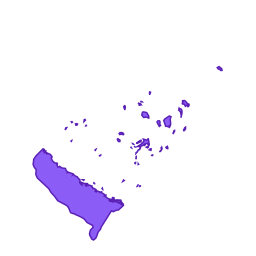 Midi, Hajjah, Yemen (Albers equal-area conic projection), rotated 132°
{"feature_id": "15242507B83103205988735", "entity_name": "Midi", "entity_type": "district", "adm_level": 2, "iso_a3": "YEM", "parent_name": "Yemen", "parent_adm1": "Hajjah", "projection": "albers", "projection_center": [42.574, 16.143], "detail": "fine", "context": "isolated", "style": "filled", "palette": "violet", "viewbox_px": 256, "rotation_deg": 132, "n_neighbors": 0, "source": "geoboundaries", "source_scale": "gbopen_adm2", "svg_char_len": 5955}
<svg xmlns="http://www.w3.org/2000/svg" viewBox="0 0 256 256"><g transform="rotate(132 128 128)"><path d="M230.5,78.4L225.2,80.6L221.5,80.7L219.8,81.6L200.7,84.9L200.1,83.0L196.7,81.5L195.2,80.2L188.7,79.6L188.7,81.1L189.1,81.1L189.4,82.4L189.1,83.5L188.6,83.7L189.4,84.1L188.9,84.7L189.8,85.8L190.1,85.5L190.2,86.1L189.5,87.0L190.4,87.1L192.1,89.3L193.2,89.8L193.6,91.2L194.6,92.5L194.3,93.7L193.2,93.6L192.9,91.9L192.4,92.5L191.6,89.9L191.7,91.0L190.1,90.7L188.8,92.5L190.1,90.8L190.5,90.8L191.4,92.0L190.7,92.3L190.3,92.8L189.5,92.5L190.1,93.0L191.2,92.2L192.1,92.1L193.8,95.7L194.0,98.2L193.6,98.0L193.9,98.4L193.2,99.1L193.8,99.5L193.1,99.7L193.8,99.8L193.2,99.9L193.9,100.3L193.1,100.5L193.5,103.7L194.2,105.3L193.8,105.3L194.5,105.7L194.2,105.9L195.5,108.9L195.8,109.1L196.5,108.7L197.1,109.7L197.0,110.2L195.6,110.6L195.7,111.0L195.4,110.6L195.5,109.9L195.4,109.8L195.2,110.9L195.7,112.9L196.4,113.6L196.0,113.9L195.8,116.1L194.8,115.4L195.9,116.9L196.0,117.4L195.5,116.7L196.8,119.5L196.7,118.9L197.0,119.1L196.7,118.3L198.2,120.3L198.8,120.0L199.3,120.6L198.7,121.6L198.3,121.1L197.6,121.3L197.0,120.1L196.4,120.9L198.7,123.7L199.8,127.0L200.3,126.7L200.1,125.2L201.0,124.1L201.0,123.2L201.3,123.9L200.9,127.4L199.1,128.6L199.1,129.2L198.5,129.7L198.7,130.9L198.2,133.0L199.0,135.4L198.9,138.0L199.6,138.0L198.9,138.4L200.8,142.7L201.6,143.2L200.9,143.3L201.1,145.4L199.9,147.4L201.9,150.4L202.2,153.1L203.3,153.2L203.9,154.1L202.6,156.6L201.9,156.4L201.5,157.1L202.9,158.9L203.0,162.0L201.7,164.9L200.6,165.4L200.6,164.5L199.9,165.9L199.6,168.1L200.6,171.1L201.5,170.9L201.6,171.4L200.8,171.9L201.0,172.8L200.6,173.2L202.1,173.2L202.3,173.5L201.1,173.8L201.9,174.1L201.5,175.0L200.4,174.3L200.3,175.4L201.0,175.7L200.0,176.0L200.3,177.2L209.9,177.7L214.2,177.2L218.6,174.1L219.9,171.4L220.4,168.4L224.2,165.4L225.8,162.1L226.1,146.3L227.4,142.1L227.9,136.7L229.1,131.6L226.6,121.7L227.0,118.8L229.3,114.1L228.3,111.3L227.5,110.4L227.6,109.5L225.8,104.2L224.9,100.0L225.6,95.1L224.1,88.9L225.3,87.5L229.1,87.6L232.3,85.9L233.2,84.8L234.8,80.5L234.3,78.7L232.3,78.3L230.5,78.4ZM100.5,99.8L99.7,97.6L97.9,98.3L98.2,98.6L98.8,98.3L98.7,98.8L97.8,98.5L97.6,98.3L96.1,99.3L93.3,102.5L90.8,103.6L91.5,105.4L96.8,106.7L98.5,106.5L101.5,101.2L100.5,99.8ZM127.6,104.3L126.5,103.3L127.4,100.8L126.5,100.9L125.8,101.4L122.5,105.6L122.9,105.9L123.7,105.6L124.4,105.9L126.0,109.2L126.8,107.6L127.7,107.3L131.6,107.5L135.4,108.6L134.0,106.9L134.6,105.7L136.1,105.1L137.2,105.6L137.8,105.7L139.3,105.2L140.9,105.5L141.5,105.1L139.3,105.1L137.8,105.6L136.4,105.0L135.6,105.0L132.8,106.3L131.1,105.2L129.0,105.1L128.9,104.4L128.5,104.3L130.5,103.9L127.6,104.3ZM106.6,127.8L109.2,126.4L109.7,123.4L107.2,121.3L107.1,119.6L106.7,119.2L105.3,120.5L104.1,124.0L104.3,125.0L105.7,127.3L106.6,127.8ZM71.6,97.5L70.6,97.6L69.5,98.5L70.2,100.5L69.7,101.8L69.7,104.3L71.2,105.7L71.7,105.4L71.8,104.5L73.4,104.2L73.7,103.6L72.6,101.9L73.5,99.9L70.6,99.1L70.4,98.5L71.2,98.0L71.5,98.9L72.1,97.9L71.6,97.5ZM104.3,105.5L103.8,107.0L102.0,108.3L101.6,109.4L102.8,110.6L103.8,110.6L104.4,110.1L105.9,105.8L104.3,105.5ZM84.9,95.5L80.8,97.9L79.0,99.5L78.4,101.1L78.6,101.8L79.4,102.4L79.1,103.3L79.6,103.1L79.7,102.3L80.8,102.3L80.9,99.9L82.8,97.1L84.9,95.5ZM23.4,102.1L23.8,100.2L22.9,99.3L23.3,97.7L22.3,96.7L21.2,98.1L21.5,101.5L23.4,102.1ZM138.2,130.8L138.4,129.7L137.2,129.0L136.1,127.0L135.4,127.1L135.1,128.7L135.6,129.6L136.8,130.9L138.2,130.8ZM144.3,126.9L144.3,125.8L143.6,125.0L142.9,125.3L142.3,126.2L142.8,128.4L143.5,128.4L144.3,126.9ZM187.9,80.3L188.0,80.0L187.7,80.5L187.8,81.4L187.1,83.8L186.4,85.1L188.8,88.1L190.5,89.6L190.9,89.3L190.4,89.2L190.0,88.4L189.1,88.1L187.7,85.8L187.2,84.0L188.0,82.1L187.9,80.5L188.2,80.2L187.9,80.3ZM130.2,109.7L129.7,109.2L128.4,109.9L128.9,110.5L133.1,111.6L133.5,111.3L133.2,110.8L130.2,109.7ZM115.1,145.4L116.7,142.4L114.0,144.2L113.6,144.7L113.8,145.5L115.1,145.4ZM92.6,84.6L91.7,84.4L90.1,84.7L88.9,85.8L90.0,86.0L92.5,85.2L92.6,84.6ZM117.3,85.8L116.8,84.7L116.0,85.2L115.3,86.5L117.0,86.9L117.3,85.8ZM160.8,168.5L159.6,167.8L158.8,168.2L159.0,169.0L160.1,169.8L160.8,168.5ZM130.0,97.6L129.3,96.0L128.0,96.8L128.5,97.5L130.0,97.6ZM102.4,90.5L99.0,91.3L98.6,91.8L99.1,92.0L101.3,91.2L102.4,90.5ZM130.0,101.6L129.8,100.3L128.9,100.0L128.3,100.3L129.2,101.3L130.0,101.6ZM152.7,165.0L150.6,164.9L150.4,165.8L151.2,166.1L152.7,165.0ZM123.0,88.2L120.6,88.8L119.7,90.2L120.5,90.1L120.1,89.6L120.4,89.2L121.8,88.7L124.8,88.6L123.0,88.2ZM86.8,136.1L89.0,134.0L87.6,135.0L87.2,134.7L86.3,135.2L86.4,135.6L86.8,136.1ZM171.5,173.6L170.1,173.5L168.7,173.8L169.3,174.3L171.5,173.6ZM102.7,137.3L102.7,136.1L101.8,134.0L101.6,134.6L102.7,137.3ZM150.4,98.9L149.4,98.7L148.6,99.3L149.3,99.6L149.9,98.8L150.4,98.9ZM161.3,174.3L161.6,173.4L160.9,173.2L160.8,174.0L161.3,174.3ZM171.1,96.1L169.6,95.6L169.6,96.5L171.1,96.1ZM100.0,136.6L99.9,135.9L99.1,135.0L99.1,135.4L100.0,136.6ZM168.3,130.9L166.8,129.9L166.4,130.2L168.3,130.9ZM196.6,125.9L195.9,126.1L196.8,127.1L196.6,125.9ZM132.4,92.1L132.4,91.6L131.6,91.5L131.7,91.9L132.4,92.1ZM190.5,106.7L190.4,106.0L189.8,106.9L190.2,106.9L190.5,106.7ZM166.0,137.8L167.2,137.1L165.4,137.6L166.0,137.8ZM165.2,82.1L164.9,81.9L163.7,82.3L163.9,82.5L165.2,82.1ZM188.4,85.2L188.0,83.2L187.9,83.4L187.9,84.0L188.4,85.2ZM192.0,116.2L191.7,115.6L191.4,115.9L191.6,116.6L192.0,116.2ZM163.5,80.2L162.9,79.9L162.7,80.1L163.1,80.5L163.5,80.2ZM103.3,135.6L103.6,134.9L103.4,134.7L103.3,135.6ZM175.9,161.2L175.5,161.2L175.1,161.4L175.8,161.6L175.9,161.2ZM137.5,111.3L137.5,110.5L137.4,110.3L137.3,110.8L137.5,111.3ZM140.3,113.4L140.5,112.7L140.4,112.3L140.2,112.8L140.3,113.4ZM144.5,102.2L144.2,102.2L143.8,102.7L144.1,102.7L144.5,102.2ZM154.6,160.8L154.1,160.5L153.9,160.9L154.0,161.0L154.6,160.8ZM148.3,96.0L147.9,95.8L147.7,96.5L148.3,96.0ZM136.4,114.0L136.6,113.2L136.4,113.0L136.3,113.8L136.4,114.0ZM146.0,101.5L145.3,101.5L144.7,102.0L146.0,101.5Z" fill="#8b5cf6" stroke="#5b21b6" stroke-width="1.5"/></g></svg>